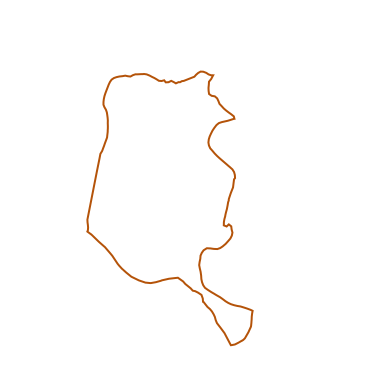 outline of Al Jamimah, Hajjah, Yemen, rotated 219°
{"feature_id": "15242507B46371651071090", "entity_name": "Al Jamimah", "entity_type": "district", "adm_level": 2, "iso_a3": "YEM", "parent_name": "Yemen", "parent_adm1": "Hajjah", "projection": "mercator", "projection_center": [43.537, 16.031], "detail": "fine", "context": "isolated", "style": "outline", "palette": "amber", "viewbox_px": 384, "rotation_deg": 219, "n_neighbors": 0, "source": "geoboundaries", "source_scale": "gbopen_adm2", "svg_char_len": 3263}
<svg xmlns="http://www.w3.org/2000/svg" viewBox="0 0 384 384"><g transform="rotate(219 192 192)"><path d="M248.4,95.4L243.1,95.6L233.1,94.7L226.0,94.4L225.1,94.4L218.0,93.1L213.9,92.3L204.6,89.4L202.2,88.9L198.2,88.3L192.3,88.0L189.9,88.0L185.8,88.0L177.6,89.9L171.1,92.3L170.4,92.8L167.5,94.7L166.6,95.4L163.3,99.2L160.9,102.6L160.4,103.3L159.8,104.4L155.3,110.1L149.0,116.5L142.6,116.9L139.3,116.3L135.6,116.3L132.4,116.3L129.3,115.8L127.2,116.9L124.0,117.6L119.9,118.0L116.6,116.0L114.3,113.6L113.7,113.8L110.7,113.1L107.6,112.4L104.3,112.3L101.3,111.7L98.3,110.6L95.6,109.3L93.0,107.4L90.1,105.8L85.9,104.8L85.0,104.6L78.0,102.8L65.4,97.4L65.2,97.6L64.7,98.1L62.7,100.5L61.3,103.6L59.1,109.2L58.8,111.5L59.9,118.5L60.3,120.0L61.4,124.3L61.8,125.1L63.5,127.7L64.7,129.4L65.3,130.3L67.1,132.7L68.8,135.4L70.1,137.8L72.3,137.3L75.8,136.1L78.7,135.0L82.2,133.6L85.2,131.9L88.1,130.5L91.2,129.3L94.1,128.6L97.2,128.2L100.6,128.1L104.0,127.9L108.2,127.2L110.4,126.9L111.3,126.8L112.3,126.6L114.5,126.3L118.2,125.9L121.6,125.7L124.6,126.6L127.4,128.2L129.9,130.2L132.3,132.8L135.2,135.5L137.8,137.5L140.4,139.7L142.1,142.5L143.5,145.3L145.3,147.9L146.1,150.9L146.3,154.0L145.1,157.6L142.1,159.8L139.4,161.4L136.4,163.6L134.8,166.2L133.9,169.1L133.8,169.7L133.2,172.8L133.0,176.5L132.9,180.0L133.6,183.2L135.0,185.9L137.6,187.8L139.9,190.0L143.0,190.0L143.4,187.0L146.3,186.1L148.3,188.7L149.8,191.4L151.0,194.2L151.4,194.8L152.6,197.2L154.2,200.8L155.9,204.0L157.5,206.8L158.1,208.5L158.9,209.6L160.0,212.5L161.1,215.4L162.1,218.5L163.0,221.4L167.3,228.3L167.3,229.9L169.4,232.2L171.9,234.0L172.5,234.2L174.8,235.0L178.6,235.2L179.7,235.2L182.1,235.3L185.5,235.4L188.9,235.5L192.1,235.6L195.3,235.8L198.6,236.2L202.2,236.9L204.0,237.2L205.3,237.4L208.1,238.8L210.4,240.8L212.1,243.5L213.2,246.3L214.0,249.4L214.7,252.6L215.0,255.8L215.1,259.4L214.5,262.4L213.7,263.7L212.8,265.1L210.9,267.5L209.0,269.9L207.2,272.6L205.5,275.2L205.1,275.6L207.1,277.1L210.2,277.1L213.4,276.9L216.7,276.8L219.8,276.9L220.5,277.0L223.1,277.4L226.1,277.8L228.7,279.3L231.4,280.6L234.5,280.7L237.3,279.1L240.4,278.9L242.7,281.0L244.7,283.3L246.4,285.9L248.2,288.4L248.2,291.9L248.6,293.9L248.8,294.9L249.0,296.0L250.7,294.7L253.2,293.8L255.8,293.6L258.9,292.6L260.1,291.7L261.1,291.0L261.5,289.9L261.8,289.2L262.1,288.5L262.6,285.7L262.7,283.1L268.3,273.2L269.6,271.8L270.4,269.8L270.5,269.7L271.6,268.9L272.9,266.3L273.6,266.2L275.5,265.9L278.1,265.3L279.3,262.6L281.4,260.7L281.9,260.8L283.9,261.3L285.5,259.1L287.7,257.6L290.4,257.3L293.0,256.9L295.5,256.3L298.2,255.8L301.2,254.9L303.6,253.5L303.8,253.2L305.8,251.5L307.8,249.7L309.2,248.5L310.0,247.9L311.4,245.7L312.5,243.0L314.7,241.6L317.1,240.4L318.9,238.3L321.1,236.1L323.0,233.7L324.4,231.4L325.2,228.7L325.1,227.2L325.0,225.9L324.3,223.0L323.3,219.9L322.3,216.8L321.4,214.1L320.4,211.5L319.0,208.7L317.4,206.2L315.7,204.1L313.4,202.8L310.7,201.8L308.3,200.3L306.3,198.5L304.3,196.6L302.5,194.7L300.8,192.5L298.8,190.2L297.0,187.9L296.7,187.4L295.3,185.6L293.8,183.2L292.3,180.9L291.3,178.0L290.3,175.0L289.3,172.3L288.5,169.8L287.9,168.1L287.6,167.1L287.2,164.0L285.0,159.9L279.0,148.4L255.9,104.7L254.1,102.7L252.1,100.8L250.3,98.9L248.8,96.7L248.6,96.0L248.4,95.4Z" fill="none" stroke="#b45309" stroke-width="2"/></g></svg>